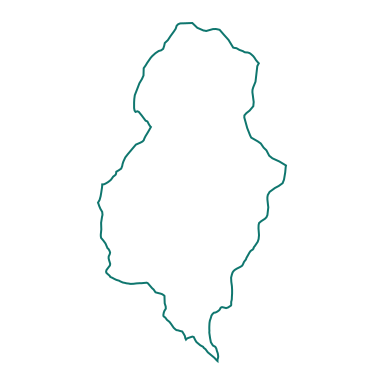 Gongdue, Mongar, Bhutan
{"feature_id": "84629894B588701148040", "entity_name": "Gongdue", "entity_type": "district", "adm_level": 2, "iso_a3": "BTN", "parent_name": "Bhutan", "parent_adm1": "Mongar", "projection": "equal_earth", "projection_center": [91.157, 27.034], "detail": "fine", "context": "isolated", "style": "outline", "palette": "teal", "viewbox_px": 384, "rotation_deg": 0, "n_neighbors": 0, "source": "geoboundaries", "source_scale": "gbopen_adm2", "svg_char_len": 4055}
<svg xmlns="http://www.w3.org/2000/svg" viewBox="0 0 384 384"><path d="M217.5,361.0L217.5,359.5L218.0,357.9L218.2,356.8L218.1,355.5L217.8,353.5L217.4,352.3L216.9,350.9L216.3,348.6L215.3,346.8L212.9,345.5L210.9,342.3L210.1,338.3L209.6,334.8L209.3,332.7L209.4,330.3L209.3,329.4L209.3,326.9L209.4,324.7L209.5,322.9L209.9,320.5L210.4,319.2L211.0,317.3L211.5,315.5L212.7,313.8L214.0,312.7L215.5,312.5L216.6,312.0L217.9,311.2L219.3,310.1L219.8,309.4L220.7,307.7L222.0,307.1L223.8,307.5L226.1,308.1L228.0,307.5L229.4,306.6L230.9,305.6L231.2,305.0L231.2,303.9L231.2,302.9L231.2,301.8L231.5,300.8L231.8,299.3L231.9,296.8L232.1,293.5L232.1,291.7L232.1,289.8L231.9,286.1L231.3,281.8L231.1,277.7L231.8,274.8L232.6,272.4L233.6,271.0L234.8,269.9L236.9,268.6L239.9,267.1L241.6,266.1L242.3,265.5L243.2,263.8L243.9,262.1L244.9,260.7L245.9,259.5L246.4,258.0L248.1,255.0L249.5,252.5L250.6,251.0L251.8,250.1L252.7,249.6L253.1,249.0L253.5,248.6L253.6,247.8L254.1,246.9L254.8,246.1L257.7,241.8L258.6,239.1L259.0,235.2L258.5,228.4L258.6,225.0L259.1,223.0L261.2,221.2L264.9,218.8L266.4,217.3L267.4,215.1L268.3,207.3L268.0,205.0L267.4,199.4L267.4,197.2L267.8,195.0L269.6,191.9L274.9,188.0L278.7,186.0L282.6,183.2L284.0,179.6L285.2,172.5L285.7,167.0L286.0,165.5L279.4,161.5L272.4,158.3L269.2,155.7L266.4,150.3L263.6,147.6L260.8,143.5L257.8,141.4L251.2,137.6L250.1,135.4L247.2,128.0L245.5,121.8L244.3,117.5L244.4,115.4L246.3,113.2L249.6,110.6L253.3,106.2L253.7,102.0L252.4,92.2L252.5,89.8L253.2,87.4L255.5,81.7L257.1,67.9L257.3,66.1L258.8,63.3L257.4,61.8L255.9,60.0L254.4,57.6L253.1,56.0L251.1,54.2L249.6,53.1L247.7,52.5L245.9,52.4L244.6,52.2L243.0,51.2L240.8,50.4L239.4,49.9L236.5,48.2L234.4,47.9L233.2,47.6L229.0,40.7L228.6,40.0L223.5,34.3L222.3,32.9L219.6,29.8L217.4,29.3L215.8,29.0L212.9,29.1L206.2,31.0L204.5,30.6L203.5,30.5L199.4,28.7L197.3,27.8L192.3,23.0L184.2,23.3L180.2,23.4L178.2,24.2L176.7,25.7L176.5,26.2L175.7,28.7L174.0,31.3L170.5,36.1L167.8,40.2L164.8,43.0L164.2,45.8L163.2,48.8L161.2,50.3L158.7,51.0L155.4,53.2L152.2,56.1L150.7,57.8L147.1,63.0L146.7,63.7L145.6,65.5L143.7,68.2L143.6,71.9L143.5,75.5L142.0,78.9L139.4,83.3L137.1,89.3L134.8,95.2L134.3,98.9L134.1,102.4L134.1,104.9L134.1,108.1L134.6,110.6L135.5,111.9L137.4,111.3L138.8,111.9L141.8,115.6L145.6,120.7L147.1,121.3L147.5,121.6L148.5,123.6L149.5,125.3L150.3,126.4L150.9,127.0L149.1,130.2L147.1,133.6L145.5,136.2L144.5,138.2L144.1,139.2L143.7,140.3L142.5,141.5L140.3,142.7L135.9,144.6L133.6,147.3L127.7,154.3L126.7,155.6L125.3,157.4L123.4,161.5L122.6,163.9L122.2,166.0L121.2,168.6L118.6,170.4L116.3,171.7L116.1,173.3L115.9,174.1L115.6,174.7L114.6,175.6L113.2,176.6L112.3,177.9L111.0,179.7L109.5,181.0L107.9,182.2L105.7,183.5L104.0,184.3L102.2,184.4L102.2,185.6L102.0,187.6L101.2,192.8L100.6,196.3L99.6,199.9L98.0,202.7L98.5,203.9L99.2,206.0L100.4,208.8L102.2,211.9L102.5,214.8L102.0,217.0L101.1,222.8L101.3,229.5L100.8,234.5L100.8,236.1L101.1,237.9L103.3,240.5L105.5,243.5L107.3,247.7L107.5,248.2L108.4,248.9L109.3,250.4L109.8,251.6L110.1,252.6L109.7,254.3L108.7,256.4L108.6,258.2L109.1,260.3L109.8,262.5L110.2,263.9L109.9,265.5L108.0,268.0L106.5,270.0L106.1,271.5L106.3,272.7L107.4,273.8L109.7,275.8L110.1,276.7L110.9,277.2L112.3,277.8L114.3,278.9L116.4,279.9L119.1,280.7L120.3,281.4L122.8,282.5L124.9,282.9L126.4,283.3L129.0,283.6L130.2,283.9L133.4,283.8L136.4,283.4L139.6,283.2L141.7,283.2L143.5,283.0L146.7,282.7L147.9,283.3L149.6,285.3L152.1,288.2L153.6,289.5L155.5,292.3L156.5,292.6L159.2,293.3L160.5,293.6L162.2,294.2L164.1,295.5L164.5,296.0L164.5,297.3L164.6,300.5L164.7,303.3L165.7,306.5L165.8,308.7L164.5,310.7L163.8,312.5L163.4,314.6L163.4,315.9L163.8,316.5L165.3,317.6L165.9,318.4L166.9,319.8L169.5,321.9L171.1,324.0L173.7,327.8L175.8,329.7L176.8,330.2L177.9,330.3L179.8,330.9L182.2,331.5L182.6,332.1L182.9,332.6L184.0,334.4L184.9,336.1L185.3,338.2L186.0,339.6L187.1,338.4L189.6,337.5L192.4,336.6L193.7,337.0L195.4,340.4L196.5,342.1L200.3,345.3L203.1,346.8L203.8,347.9L205.5,349.2L207.8,352.3L210.8,354.8L214.3,357.7L216.8,360.4L217.5,361.0Z" fill="none" stroke="#0f766e" stroke-width="2"/></svg>